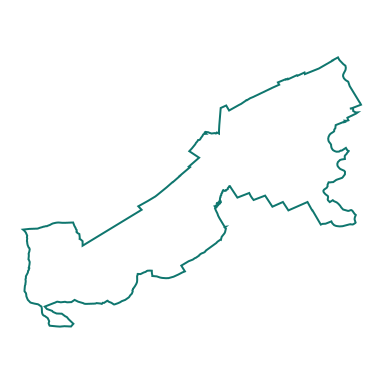 the district of Pastraveni, Neamt, Romania
{"feature_id": "2599482B84258417369440", "entity_name": "Pastraveni", "entity_type": "district", "adm_level": 2, "iso_a3": "ROU", "parent_name": "Romania", "parent_adm1": "Neamt", "projection": "robinson", "projection_center": [26.551, 47.154], "detail": "fine", "context": "isolated", "style": "outline", "palette": "teal", "viewbox_px": 384, "rotation_deg": 0, "n_neighbors": 0, "source": "geoboundaries", "source_scale": "gbopen_adm2", "svg_char_len": 5954}
<svg xmlns="http://www.w3.org/2000/svg" viewBox="0 0 384 384"><path d="M23.0,229.6L24.4,230.8L25.8,232.5L27.2,235.7L26.9,237.4L27.2,238.3L26.9,241.1L27.2,241.9L27.2,242.9L27.6,245.0L28.7,247.6L29.2,247.9L29.7,249.2L29.4,251.2L28.6,253.9L28.8,254.6L28.8,256.1L28.5,259.1L28.5,259.5L28.9,259.9L29.7,262.0L29.5,264.3L29.0,267.1L28.7,267.8L29.3,268.2L28.6,270.3L28.2,270.6L27.8,272.7L25.9,276.3L25.9,278.2L25.5,279.2L25.7,280.8L25.7,281.9L25.4,283.4L25.5,284.0L24.9,285.9L24.6,289.2L24.5,291.2L25.1,292.1L25.5,292.5L26.0,293.4L26.3,295.1L26.3,295.9L26.5,296.7L27.8,299.8L30.4,302.5L31.6,302.9L34.4,303.6L37.6,304.2L38.5,304.5L39.8,305.5L41.4,306.5L41.8,308.3L42.0,312.5L42.4,313.9L42.8,314.7L43.6,315.5L44.8,316.0L47.7,318.1L49.2,321.2L48.7,323.0L48.7,323.7L49.2,324.7L49.4,325.4L49.6,325.7L56.8,326.4L59.9,326.6L64.4,326.2L71.0,326.5L73.4,323.8L68.7,319.3L66.9,317.1L65.1,316.2L61.8,313.7L56.6,313.5L53.2,312.0L52.4,311.3L52.2,310.9L46.9,309.0L44.8,306.6L53.7,303.1L54.9,302.7L56.8,301.8L57.4,301.7L60.8,302.3L65.0,301.8L67.1,302.3L71.4,302.1L74.6,299.9L78.2,301.7L83.1,303.1L84.3,303.7L85.7,303.9L94.9,303.6L95.6,303.5L96.5,303.1L100.4,303.5L101.8,303.9L102.7,302.8L104.0,302.9L107.2,300.8L107.6,300.7L108.2,301.4L108.9,301.8L111.4,302.8L113.8,304.4L114.6,304.4L118.0,303.2L120.2,302.2L121.7,301.2L125.2,299.9L128.8,297.4L129.6,296.4L130.0,295.6L131.9,293.6L132.7,291.4L132.4,290.3L133.0,289.5L133.0,288.8L134.2,287.4L134.4,286.9L134.9,286.3L136.3,283.9L137.0,282.1L137.2,280.0L137.1,276.1L137.8,274.6L137.6,274.1L137.8,273.9L140.5,274.1L143.7,272.5L145.6,271.9L146.8,271.0L147.7,270.7L150.1,270.6L151.8,270.7L151.8,271.3L151.9,273.3L152.3,275.1L152.3,276.0L156.8,276.4L160.0,277.5L162.0,277.9L165.9,278.2L168.6,278.1L173.6,276.7L178.4,274.5L182.4,272.4L184.9,271.4L181.3,265.6L188.7,261.2L192.8,259.6L194.8,258.2L196.0,257.7L197.3,256.8L199.3,255.4L199.5,254.8L201.4,253.5L203.8,252.6L205.0,251.8L205.6,251.1L205.7,250.7L216.3,243.0L217.4,241.8L218.5,241.0L220.5,239.6L220.9,239.8L221.7,236.8L224.5,233.3L225.2,231.7L225.3,231.0L225.9,228.6L224.7,227.5L225.6,226.8L224.9,226.9L224.5,226.6L219.4,218.1L218.1,215.6L217.4,213.5L215.8,210.3L215.1,208.5L215.4,208.3L215.5,207.8L214.9,206.7L215.5,206.8L216.1,207.4L216.4,207.4L216.9,206.6L216.8,206.1L216.3,205.8L216.0,205.5L216.5,205.3L217.4,205.7L217.9,205.5L218.3,205.0L218.2,204.6L216.8,203.4L216.9,203.1L217.6,203.0L218.6,203.8L219.4,203.9L219.8,203.6L219.7,203.4L218.9,202.6L218.3,202.5L218.4,202.3L219.0,201.8L220.1,202.3L220.7,202.4L220.9,202.2L220.8,201.7L220.4,200.8L219.7,200.4L220.0,199.6L219.9,199.1L220.1,197.8L220.5,197.2L220.4,196.7L220.6,196.4L220.7,195.7L221.2,195.3L221.3,194.0L221.5,193.8L221.5,193.6L222.1,192.9L222.1,192.4L222.6,191.8L222.5,191.4L223.1,190.2L223.5,190.1L224.2,190.7L224.7,190.9L225.8,190.7L226.0,190.0L226.6,189.9L227.8,189.1L227.8,188.2L228.5,187.4L228.8,187.3L229.0,186.6L229.4,186.1L229.9,186.1L231.0,187.9L237.4,197.6L249.2,193.0L250.5,195.6L251.9,197.8L253.6,200.0L265.1,195.6L272.4,206.7L282.9,202.0L288.4,210.4L307.5,202.0L311.3,208.9L312.3,210.5L312.5,210.4L320.8,224.6L322.4,223.9L325.6,223.7L331.4,221.4L331.8,222.4L332.4,223.4L334.1,225.1L335.7,225.8L337.0,226.1L339.6,226.4L342.6,226.2L349.4,224.4L350.4,224.2L350.7,224.4L351.9,224.4L352.4,224.5L353.3,224.3L355.3,223.0L355.6,222.6L354.6,219.5L354.6,218.7L354.9,217.2L355.8,215.0L354.5,213.8L352.4,210.8L351.4,210.1L350.8,210.1L348.6,210.9L348.0,210.9L343.1,209.5L341.2,207.4L340.1,205.7L338.4,203.8L336.7,202.4L333.8,201.1L332.8,200.2L329.1,202.5L329.4,202.0L329.1,201.4L328.0,200.3L327.7,199.4L328.1,197.2L328.0,196.4L327.8,196.0L325.4,194.2L323.9,192.5L323.5,191.7L323.4,190.8L323.8,190.0L324.4,189.4L326.7,187.8L327.6,186.3L327.5,185.0L327.7,184.4L328.6,182.3L330.1,182.4L331.4,182.2L333.2,182.1L336.1,180.0L337.0,179.6L342.0,177.9L342.7,177.3L344.9,174.4L345.0,171.8L344.5,171.1L344.1,170.7L340.3,169.0L339.7,168.5L338.4,167.1L337.5,165.7L337.3,163.9L337.9,162.1L340.0,160.0L341.6,159.5L344.9,159.0L344.7,156.9L344.8,155.9L345.6,154.8L346.5,154.0L347.1,152.9L348.6,151.3L348.7,151.0L347.6,150.5L347.0,149.8L345.9,147.9L341.7,150.6L340.6,150.6L339.0,151.6L336.4,151.7L334.7,151.1L333.0,150.1L331.9,148.6L331.4,147.4L331.1,145.6L331.1,144.8L330.5,143.7L329.0,141.8L328.5,140.8L328.2,138.7L328.6,136.7L329.7,134.6L330.6,133.7L333.8,131.6L334.2,131.1L334.2,129.9L334.6,129.1L335.3,128.3L335.7,125.1L343.5,122.0L343.7,122.3L345.2,121.9L344.7,120.7L346.4,120.9L348.4,120.3L347.9,119.3L347.4,117.7L356.0,113.6L357.7,112.4L356.4,112.5L355.2,112.2L353.2,111.0L353.1,109.1L352.9,108.7L352.1,108.5L349.9,108.6L352.2,108.1L361.0,104.7L360.0,102.8L359.4,102.0L349.7,86.1L348.2,81.7L345.6,80.1L343.9,78.3L343.7,77.8L343.1,76.3L343.1,75.0L343.6,73.6L345.4,70.2L345.7,68.9L345.8,67.6L345.4,65.7L343.4,64.2L340.2,60.9L339.2,59.7L338.0,57.4L332.6,60.3L332.8,60.5L318.9,68.5L304.9,74.1L304.5,72.5L297.4,75.8L296.9,75.2L288.0,79.3L287.7,78.7L285.9,79.6L285.7,79.2L277.9,82.4L279.2,84.7L272.3,87.8L252.9,97.1L250.2,98.2L246.8,100.3L246.4,100.1L245.2,101.1L241.1,103.9L239.1,104.9L229.1,110.5L226.2,105.5L220.7,108.0L219.3,125.1L219.0,130.6L219.0,133.6L216.8,132.5L216.1,133.0L216.1,133.4L215.9,133.5L214.6,133.1L211.6,133.5L209.3,132.8L208.4,132.3L205.4,131.9L204.8,132.4L205.3,133.1L206.1,133.8L204.5,133.9L203.6,134.1L203.0,134.8L202.6,135.7L200.9,138.0L200.1,139.4L199.4,139.9L198.0,140.1L197.5,141.2L195.9,143.0L195.3,144.2L191.9,148.4L189.3,151.2L199.1,157.7L188.8,166.6L190.0,167.2L179.7,175.9L179.9,176.0L172.8,182.2L172.6,182.1L166.7,187.3L157.1,195.1L155.3,196.5L147.8,201.0L138.3,206.3L141.6,209.8L82.6,245.7L82.6,241.2L81.0,239.7L79.6,238.9L79.8,238.3L79.5,235.3L79.3,234.0L77.6,233.1L76.6,232.1L76.8,231.6L76.5,231.3L76.7,230.1L75.9,229.0L75.5,227.8L74.4,225.9L73.1,222.5L65.2,222.8L62.3,222.8L58.4,222.5L56.2,222.7L53.0,223.4L51.8,223.9L50.0,224.9L47.1,226.0L46.9,226.2L45.7,226.2L43.9,226.7L43.3,226.7L42.7,227.0L39.8,227.8L37.7,228.6L29.4,228.9L23.0,229.6Z" fill="none" stroke="#0f766e" stroke-width="2"/></svg>